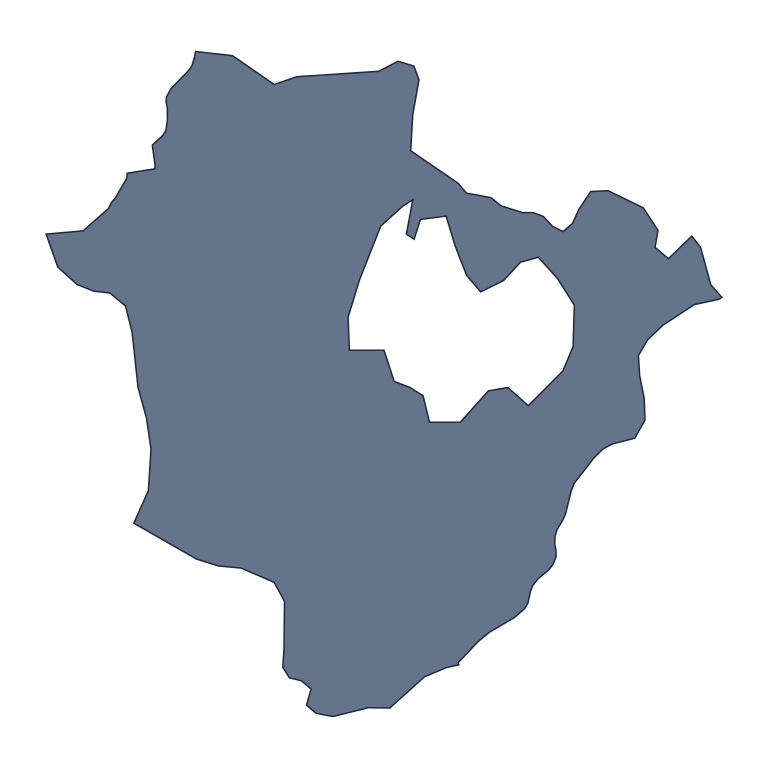 map outline of Hajdú-Bihar (Equal Earth projection)
{"feature_id": "HUN-3173", "entity_name": "Hajdú-Bihar", "entity_type": "County", "adm_level": 1, "iso_a3": "HUN", "parent_name": "Hungary", "parent_adm1": "", "projection": "equal_earth", "projection_center": [21.543, 47.451], "detail": "fine", "context": "isolated", "style": "filled", "palette": "slate", "viewbox_px": 768, "rotation_deg": 0, "n_neighbors": 0, "source": "natural_earth", "source_scale": "10m", "svg_char_len": 1855}
<svg xmlns="http://www.w3.org/2000/svg" viewBox="0 0 768 768"><path d="M721.9,297.3L719.1,299.2L694.3,304.6L662.9,325.2L647.9,339.5L638.4,355.5L639.7,375.8L644.2,398.3L645.0,420.1L634.8,438.2L612.3,444.0L603.1,448.9L593.9,458.0L574.4,483.0L571.3,490.7L565.5,514.1L562.8,520.0L557.0,529.7L554.9,536.9L554.8,544.5L556.0,550.4L556.1,556.5L553.1,564.5L548.8,569.8L537.6,579.2L532.8,585.5L530.5,591.4L528.0,602.9L524.6,608.7L514.3,617.6L489.3,632.3L477.9,641.8L458.1,662.8L458.8,664.9L458.6,664.9L446.3,667.6L424.5,676.8L389.8,708.0L368.3,707.7L332.9,716.5L316.0,713.3L306.5,705.0L311.1,689.0L301.4,680.8L289.4,677.8L282.8,667.3L284.0,648.6L284.5,601.4L274.2,582.4L241.1,568.1L218.2,565.9L196.5,559.1L133.8,523.2L148.4,490.5L151.0,449.0L146.5,418.2L138.0,387.3L132.1,332.1L125.5,306.0L109.9,293.0L93.5,291.1L77.2,284.6L57.8,267.1L46.1,234.1L83.0,230.9L108.4,208.6L111.6,202.2L114.8,198.8L126.9,178.1L127.2,173.2L154.9,168.8L155.0,164.8L152.3,145.1L162.9,135.3L165.9,130.2L167.4,120.0L167.3,108.0L166.1,101.8L166.5,96.9L171.0,88.6L187.6,71.6L191.8,66.1L194.5,57.1L195.6,51.5L232.5,55.7L274.2,84.5L296.8,76.7L378.6,71.3L398.0,61.3L413.9,66.1L419.0,79.8L412.8,114.4L410.7,150.8L458.1,183.2L466.4,193.1L491.1,197.7L501.0,205.8L522.4,212.6L533.1,212.6L543.4,216.5L552.4,226.2L563.1,231.6L572.5,223.4L578.6,209.8L590.8,191.5L608.1,190.7L643.3,207.8L658.0,230.4L655.1,247.4L668.4,258.7L691.8,236.1L700.6,247.4L710.9,285.0L721.7,297.1L721.9,297.3ZM414.1,239.2L406.4,234.2L412.8,199.7L402.6,206.3L380.8,226.0L359.7,279.3L348.1,317.2L349.4,350.2L384.0,350.2L394.2,381.5L410.2,387.5L423.1,395.8L429.5,422.2L460.3,422.2L488.5,390.8L507.8,387.5L528.3,405.7L562.9,371.0L573.1,346.3L574.3,305.1L557.6,278.7L538.4,257.3L520.4,262.2L503.8,280.4L480.7,291.9L466.6,275.4L455.1,245.8L446.1,216.1L420.5,219.4L414.1,239.2Z" fill="#64748b" stroke="#1e293b" stroke-width="1.5"/></svg>